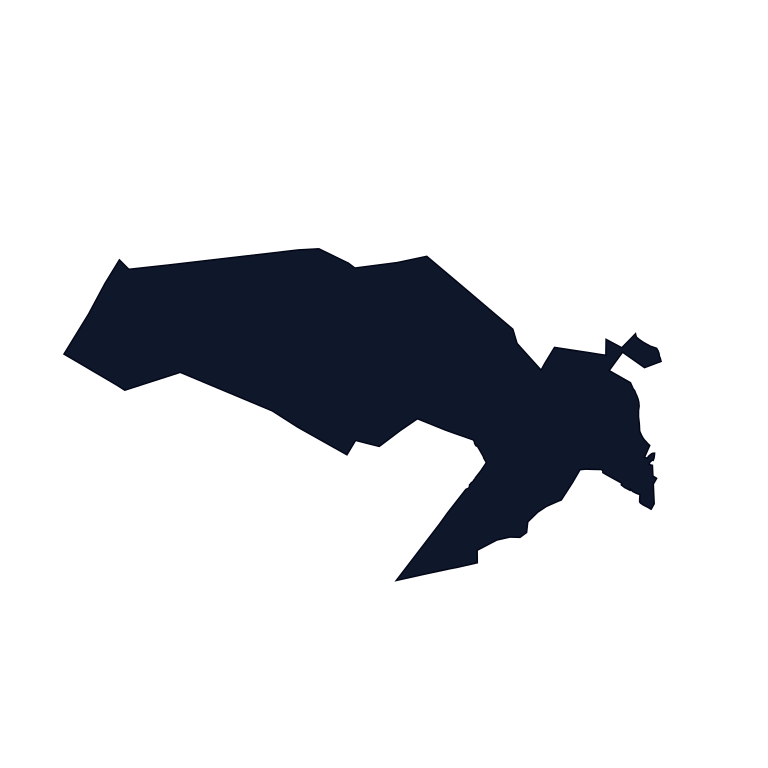 the district of San Andrés Zautla, Oaxaca, Mexico, rotated 29°
{"feature_id": "50627088B86831470894545", "entity_name": "San Andrés Zautla", "entity_type": "district", "adm_level": 2, "iso_a3": "MEX", "parent_name": "Mexico", "parent_adm1": "Oaxaca", "projection": "natural_earth1", "projection_center": [-96.857, 17.182], "detail": "fine", "context": "isolated", "style": "filled", "palette": "ink", "viewbox_px": 768, "rotation_deg": 29, "n_neighbors": 0, "source": "geoboundaries", "source_scale": "gbopen_adm2", "svg_char_len": 2577}
<svg xmlns="http://www.w3.org/2000/svg" viewBox="0 0 768 768"><g transform="rotate(29 384 384)"><path d="M552.3,495.1L546.3,484.6L546.1,484.3L558.3,465.8L568.4,456.8L577.3,452.2L580.7,444.7L576.6,434.9L580.6,421.6L585.4,412.3L587.0,410.2L593.2,402.0L595.3,399.5L596.7,378.8L597.0,363.9L601.7,360.7L608.3,357.3L615.3,353.6L617.2,353.5L618.4,355.4L622.0,355.5L627.7,355.5L636.3,355.5L640.2,355.5L640.3,356.4L640.3,356.8L640.3,357.0L640.6,357.3L640.8,357.3L643.7,357.7L644.5,357.9L645.2,357.9L645.5,357.8L646.3,357.8L650.0,357.7L650.8,357.7L650.6,356.6L651.3,356.8L652.9,357.2L653.7,357.4L657.2,357.3L661.6,356.7L662.0,357.7L662.9,359.7L664.5,362.8L664.8,363.2L665.2,363.4L666.1,363.8L667.1,363.9L669.0,364.1L670.5,364.1L673.3,364.0L675.0,363.9L677.7,364.1L678.4,364.0L678.4,357.8L668.1,341.0L668.2,334.3L663.8,334.1L658.2,325.0L657.1,325.3L655.8,325.7L654.9,325.7L654.5,323.9L654.8,322.6L655.5,320.6L656.5,320.3L656.0,317.6L655.0,315.0L654.2,313.3L652.7,314.2L652.0,315.1L651.2,316.8L650.3,319.2L650.4,321.2L647.4,321.8L647.2,319.7L646.2,308.9L645.7,308.8L645.1,308.6L643.3,308.2L641.3,307.4L639.0,306.7L637.2,305.9L634.2,304.1L630.5,301.3L626.6,295.0L625.0,292.8L622.4,289.1L619.4,283.6L617.9,279.7L615.7,276.4L613.8,274.3L611.3,272.1L608.6,270.1L606.6,268.4L605.4,267.8L604.5,267.6L599.0,263.4L574.4,263.1L576.9,243.0L577.2,240.5L578.2,240.6L603.9,243.4L615.4,229.9L612.6,227.0L612.1,227.0L609.5,223.7L607.7,222.2L605.1,220.6L602.3,221.1L598.7,221.8L590.4,221.8L585.6,221.3L581.9,220.6L579.6,218.1L577.4,226.3L574.4,237.0L556.6,237.3L564.1,251.3L557.7,253.7L548.6,257.0L521.1,267.2L515.4,269.3L514.6,288.1L514.7,295.7L497.5,289.8L480.7,284.0L470.1,273.6L438.0,267.2L406.1,260.8L359.5,251.6L336.8,271.3L302.3,296.7L293.8,295.5L292.0,295.7L261.5,297.3L244.0,308.3L136.8,385.1L134.5,386.7L105.2,407.4L92.4,403.7L91.2,431.4L91.7,465.9L89.6,513.0L94.1,513.1L112.1,513.5L122.3,513.8L150.5,514.5L160.3,515.1L200.1,472.6L299.3,461.7L329.7,463.6L385.9,463.9L386.5,447.1L398.5,444.0L410.1,440.9L411.1,438.7L420.8,416.8L430.1,398.2L459.6,394.6L470.1,392.9L489.2,389.6L490.9,390.6L492.3,392.2L492.5,392.3L494.2,393.4L495.2,393.4L495.7,393.0L505.3,398.8L506.5,399.7L507.1,400.4L510.6,402.5L511.5,403.2L511.6,403.4L511.6,403.6L511.6,403.8L511.0,410.2L510.9,412.3L510.8,413.0L509.4,421.8L509.6,422.5L509.1,424.6L509.1,426.3L508.6,427.2L508.1,428.5L508.0,429.8L507.7,430.8L508.4,432.3L508.6,433.5L508.4,434.0L508.2,434.5L507.0,436.0L506.7,436.4L502.0,466.2L500.5,479.2L490.0,549.9L510.3,531.9L531.6,513.3L536.7,509.1L552.3,495.1Z" fill="#0f172a" stroke="#020617" stroke-width="1.5"/></g></svg>